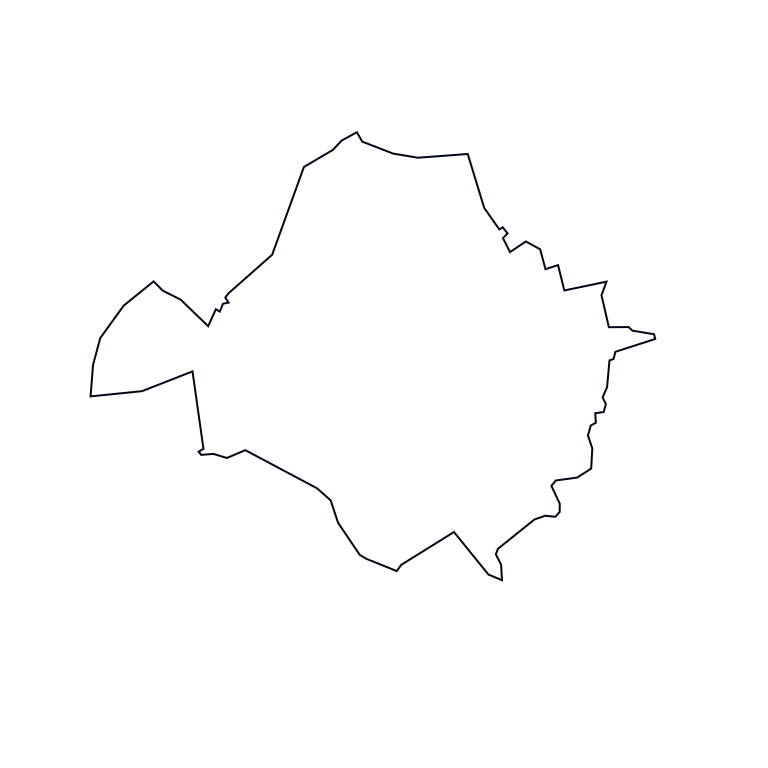 outline of Dundrum Lea-7, Dún Laoghaire–Rathdown, Ireland, rotated 148°
{"feature_id": "5873133B72160674948779", "entity_name": "Dundrum Lea-7", "entity_type": "district", "adm_level": 2, "iso_a3": "IRL", "parent_name": "Ireland", "parent_adm1": "Dún Laoghaire–Rathdown", "projection": "orthographic", "projection_center": [-6.254, 53.292], "detail": "fine", "context": "isolated", "style": "outline", "palette": "ink", "viewbox_px": 768, "rotation_deg": 148, "n_neighbors": 0, "source": "geoboundaries", "source_scale": "gbopen_adm2", "svg_char_len": 1186}
<svg xmlns="http://www.w3.org/2000/svg" viewBox="0 0 768 768"><g transform="rotate(148 384 384)"><path d="M208.1,543.6L235.3,557.9L254.1,574.5L274.0,601.0L273.6,611.9L290.9,612.9L303.3,609.6L336.9,610.5L410.3,552.9L467.9,543.3L472.8,541.4L472.7,535.4L478.0,537.4L484.9,532.4L487.0,536.5L502.5,526.2L511.7,563.2L522.2,580.5L525.0,593.1L563.3,588.4L600.3,573.3L620.6,554.4L639.4,529.0L593.1,506.2L539.7,496.2L571.5,424.6L577.0,424.9L576.6,420.8L565.7,415.1L556.4,404.5L536.7,401.4L496.1,331.1L490.9,313.6L496.5,290.6L495.1,251.9L491.5,244.9L472.3,218.6L465.3,221.5L403.1,221.4L396.4,167.0L387.9,155.1L380.4,168.8L379.4,180.3L374.6,183.9L328.2,189.4L317.0,186.8L309.1,180.6L302.8,182.4L298.4,189.3L296.0,208.9L289.4,211.1L269.8,202.3L253.1,202.5L241.5,219.0L238.3,232.3L230.7,239.2L224.9,238.9L220.3,247.3L212.6,243.8L206.5,249.4L205.7,256.8L196.5,263.1L180.3,284.5L176.1,283.6L170.7,288.7L130.1,278.5L128.6,283.1L145.0,297.5L146.4,302.7L163.2,313.0L152.6,343.9L141.1,352.9L181.5,367.8L173.4,392.6L186.2,395.8L180.2,415.5L188.2,429.7L207.2,429.1L205.8,444.7L199.4,446.2L200.3,454.0L204.3,454.0L205.7,480.3L191.1,534.7L208.1,543.6Z" fill="none" stroke="#020617" stroke-width="2"/></g></svg>